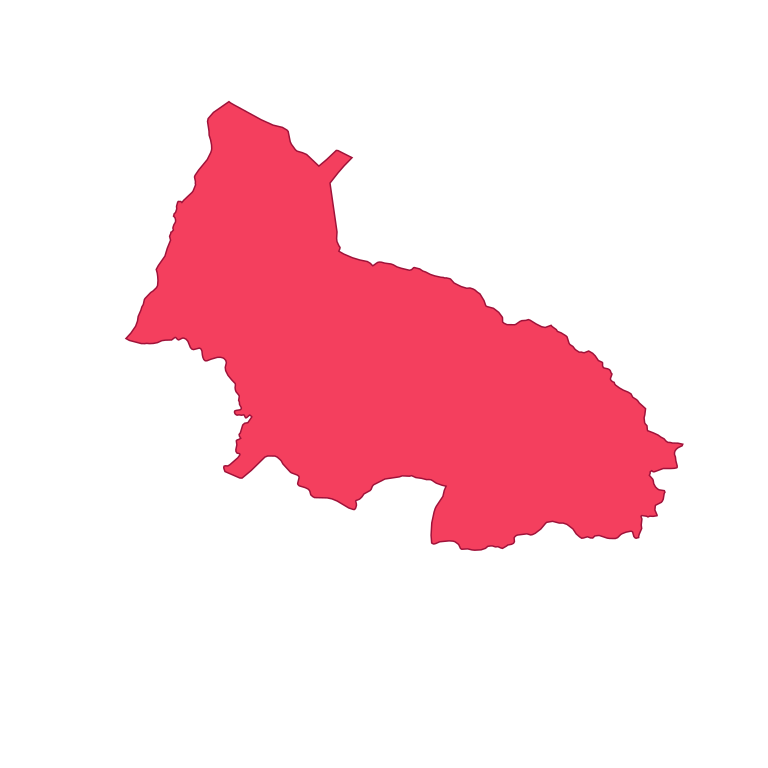 Wat Bot, Phitsanulok, Thailand (orthographic projection), rotated 126°
{"feature_id": "78962969B51687316789717", "entity_name": "Wat Bot", "entity_type": "district", "adm_level": 2, "iso_a3": "THA", "parent_name": "Thailand", "parent_adm1": "Phitsanulok", "projection": "orthographic", "projection_center": [100.372, 17.16], "detail": "fine", "context": "isolated", "style": "filled", "palette": "rose", "viewbox_px": 768, "rotation_deg": 126, "n_neighbors": 0, "source": "geoboundaries", "source_scale": "gbopen_adm2", "svg_char_len": 6134}
<svg xmlns="http://www.w3.org/2000/svg" viewBox="0 0 768 768"><g transform="rotate(126 384 384)"><path d="M358.5,87.7L357.8,88.3L355.6,89.2L349.4,90.6L346.9,93.0L341.6,96.0L340.3,98.0L339.5,98.3L338.9,98.1L337.8,96.1L336.6,93.8L336.4,92.3L334.7,91.3L332.9,88.5L330.1,85.7L329.6,85.9L326.7,90.8L322.9,93.0L322.2,92.9L316.7,90.1L315.1,90.0L313.0,90.4L307.8,93.0L306.4,93.1L305.5,94.5L307.9,99.2L308.1,101.1L307.7,103.9L306.1,107.2L304.0,109.3L303.1,110.5L301.9,115.7L300.0,116.1L298.7,117.0L296.8,116.5L296.8,114.6L296.0,113.6L288.2,108.4L283.8,102.3L281.5,99.5L279.7,97.9L279.0,97.9L277.9,98.7L274.6,102.7L271.7,105.4L270.3,107.5L268.8,108.6L267.1,109.2L264.9,109.2L262.6,108.6L258.7,106.5L257.1,106.9L259.1,111.4L262.2,115.9L263.0,118.0L264.4,120.1L264.4,122.4L263.7,125.2L264.2,128.8L264.2,132.3L265.2,137.3L266.8,143.3L266.3,144.0L263.2,146.7L262.6,149.4L262.1,150.4L258.5,153.7L255.6,154.9L250.2,157.9L249.3,166.4L248.5,168.6L248.2,170.4L248.5,175.0L246.8,178.4L247.1,181.8L248.3,186.7L248.8,191.2L248.8,196.0L248.4,197.4L247.4,198.7L247.8,200.6L247.6,202.4L247.2,203.4L246.3,204.1L242.2,205.3L241.8,205.6L241.5,206.9L240.3,208.6L239.9,210.0L240.2,211.9L241.6,215.1L241.8,216.2L240.9,217.8L238.4,219.6L238.2,220.3L239.0,224.4L237.1,229.6L236.5,233.3L237.0,237.8L240.9,240.3L241.5,241.2L242.2,243.1L243.5,244.7L243.7,248.5L243.6,250.0L242.6,253.2L242.8,256.9L242.1,258.5L238.3,263.6L238.1,264.8L238.5,270.7L239.5,274.6L238.7,276.6L238.7,281.9L238.3,283.3L243.5,286.8L245.0,290.1L246.0,296.2L246.5,303.2L247.0,305.0L249.1,306.6L251.8,309.8L253.5,310.8L258.4,312.5L259.4,313.3L263.7,319.4L264.3,322.7L264.1,324.5L260.7,327.1L260.3,327.8L258.6,333.3L258.4,339.9L260.8,346.2L260.9,347.6L257.7,352.2L254.7,359.4L254.8,362.3L254.5,365.7L254.8,367.9L255.8,370.9L257.9,373.3L259.8,378.8L260.6,383.4L261.1,386.7L260.0,391.7L260.1,392.6L261.5,395.9L262.6,397.3L262.9,398.6L264.2,400.7L266.7,406.5L268.1,410.9L268.9,416.1L269.8,419.1L269.9,422.7L272.0,428.0L272.5,428.4L275.3,428.9L277.0,430.2L280.2,438.0L281.6,442.2L282.1,446.5L282.8,448.9L285.8,454.5L286.9,457.5L287.9,459.2L289.1,460.4L290.4,461.0L294.7,462.4L295.0,462.7L294.4,466.0L294.7,469.4L297.9,476.5L300.4,483.7L302.5,492.9L303.1,498.3L303.1,498.6L300.6,499.2L299.3,499.9L298.7,501.7L296.4,505.8L294.1,507.9L288.6,511.4L253.2,545.8L240.0,545.3L230.8,544.5L219.7,542.9L222.2,558.4L223.1,559.9L236.0,562.3L246.0,564.8L243.8,581.5L244.8,585.9L246.7,591.2L246.6,593.3L244.5,599.8L243.1,602.3L236.0,610.0L235.6,611.8L236.1,617.0L239.8,626.0L242.4,638.7L246.4,669.7L246.8,673.4L246.7,675.4L264.5,681.6L272.6,682.3L275.3,681.1L282.3,674.2L285.5,671.7L288.5,667.7L292.0,664.0L294.9,661.7L296.4,660.9L298.6,660.2L306.3,658.9L319.9,659.7L326.3,659.5L327.9,659.0L331.1,655.5L332.6,654.6L333.6,653.5L340.0,651.9L341.8,651.9L352.9,654.0L356.0,654.2L355.8,655.7L357.2,657.7L358.1,657.8L362.2,656.3L364.2,654.6L367.6,653.5L369.9,653.8L371.1,653.1L371.9,653.0L372.3,650.9L373.7,649.1L375.5,647.9L378.7,647.6L381.2,646.8L382.0,646.4L383.2,644.9L385.6,645.1L386.5,645.6L387.5,645.0L390.5,644.3L393.1,641.2L401.6,639.1L409.3,636.4L420.7,636.2L425.2,635.6L427.5,632.7L430.0,630.3L433.1,627.7L437.5,625.0L439.8,624.7L444.4,625.5L447.1,626.5L455.2,627.6L456.5,627.5L461.1,625.5L464.0,625.2L467.4,624.0L473.8,622.6L478.0,620.4L483.2,618.9L491.6,618.7L498.9,619.5L498.4,615.6L493.9,604.0L491.9,601.2L490.6,599.9L489.2,597.5L486.8,594.5L483.7,591.6L479.5,589.2L477.0,586.6L473.2,581.7L469.5,580.6L469.0,580.2L468.8,579.7L469.3,577.2L469.0,576.0L465.4,574.1L464.5,572.9L464.1,570.5L464.7,567.8L468.3,562.0L468.7,559.9L468.1,558.3L463.5,554.5L463.2,553.3L463.4,552.3L464.4,550.6L467.2,548.1L468.9,546.2L470.1,544.2L470.3,542.3L469.3,540.9L465.7,538.6L460.5,534.6L459.7,533.6L458.4,531.8L457.6,529.8L457.4,528.4L457.9,525.9L459.5,524.0L463.9,522.2L466.3,519.9L468.7,515.3L470.2,509.6L471.1,504.6L472.2,503.6L474.5,502.3L476.1,500.8L477.2,499.2L478.5,494.5L479.3,493.7L482.7,492.0L483.5,490.5L485.5,488.8L487.1,485.4L488.0,484.9L489.4,485.2L492.4,488.2L493.6,488.9L494.6,488.5L495.6,487.1L495.8,486.1L495.6,484.6L494.2,483.2L493.0,480.9L491.4,479.4L491.5,478.6L492.6,476.4L492.6,475.8L491.8,475.3L488.2,474.5L487.9,473.7L488.3,471.6L495.3,471.4L497.7,473.7L500.2,474.2L508.0,471.5L509.9,471.6L511.2,470.3L512.1,468.0L514.0,468.8L515.7,470.0L516.8,470.1L519.7,467.3L524.1,465.3L525.6,464.1L526.3,462.3L525.3,459.9L525.6,459.2L526.2,458.9L529.6,458.9L540.1,461.3L542.1,462.2L543.5,464.4L544.5,465.1L545.7,464.6L546.6,463.7L548.3,461.2L544.8,445.4L543.5,443.5L532.0,440.6L513.1,437.4L510.6,435.8L506.4,429.9L505.9,427.4L506.3,423.2L506.6,421.9L508.1,418.8L510.3,408.1L510.3,406.8L508.6,400.5L508.7,398.8L509.2,398.0L509.8,397.6L515.2,395.4L515.9,394.6L516.2,392.7L514.2,387.0L513.6,383.9L513.9,381.9L514.4,380.9L516.7,378.1L517.0,375.5L516.7,373.4L509.5,363.0L507.5,358.5L506.2,353.0L505.0,339.6L503.6,335.2L503.1,334.3L502.5,334.0L501.0,334.0L498.3,335.0L497.0,336.1L495.5,338.0L494.8,338.2L491.9,336.3L490.7,335.9L488.2,335.5L484.7,335.6L478.3,332.6L476.7,332.5L473.6,333.3L471.7,333.2L460.3,327.4L450.1,317.0L447.6,315.3L443.6,309.2L441.9,307.8L441.0,303.3L438.3,298.3L436.3,293.3L434.9,291.5L433.8,289.6L433.5,283.5L431.8,277.6L430.2,273.7L434.6,272.7L440.3,270.3L452.3,269.8L454.6,269.4L458.2,268.2L468.3,263.7L478.7,257.0L484.6,252.0L484.4,250.1L484.0,249.5L482.7,248.4L478.9,246.2L472.6,239.1L470.5,235.7L469.9,233.9L469.9,230.0L470.1,229.0L472.1,225.4L472.0,224.0L468.2,219.4L466.5,215.3L465.1,212.9L461.1,208.0L457.3,205.3L454.3,204.6L452.1,202.3L451.3,201.2L450.3,198.1L448.6,196.2L448.0,193.2L447.3,191.5L443.0,189.6L441.5,189.2L438.7,186.6L436.7,185.6L434.9,185.8L432.0,188.3L430.9,188.4L429.0,188.0L427.7,187.2L421.2,180.3L419.9,176.6L418.6,175.4L415.9,173.9L409.1,171.9L401.8,171.4L400.3,171.1L396.0,166.9L393.5,160.5L391.2,157.3L390.0,153.4L390.2,146.0L392.3,140.4L392.7,136.0L392.6,133.5L391.3,132.1L388.0,129.6L387.2,126.6L385.9,124.6L383.0,124.1L380.7,121.7L379.9,120.5L377.5,112.9L376.3,110.6L373.0,106.0L371.0,104.7L366.6,104.0L365.0,103.3L361.6,101.1L357.9,97.7L357.6,96.8L357.6,95.9L360.5,92.2L360.9,90.5L360.6,89.4L358.5,87.7Z" fill="#f43f5e" stroke="#9f1239" stroke-width="1.5"/></g></svg>